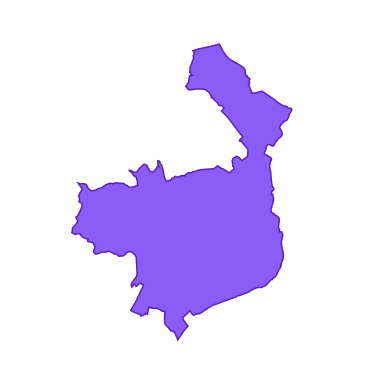 outline of Caransebes, Caras-Severin, Romania, rotated 64°
{"feature_id": "2599482B93861617643410", "entity_name": "Caransebes", "entity_type": "district", "adm_level": 2, "iso_a3": "ROU", "parent_name": "Romania", "parent_adm1": "Caras-Severin", "projection": "albers", "projection_center": [22.203, 45.422], "detail": "fine", "context": "isolated", "style": "filled", "palette": "violet", "viewbox_px": 384, "rotation_deg": 64, "n_neighbors": 0, "source": "geoboundaries", "source_scale": "gbopen_adm2", "svg_char_len": 6068}
<svg xmlns="http://www.w3.org/2000/svg" viewBox="0 0 384 384"><g transform="rotate(64 192 192)"><path d="M308.3,171.6L308.3,166.5L308.0,165.5L305.6,159.6L305.5,159.2L305.9,158.6L304.9,156.7L304.8,156.0L304.9,155.3L303.9,152.7L300.1,148.2L298.2,144.9L297.1,144.5L296.9,144.1L296.2,144.2L295.4,142.9L292.9,140.5L292.9,140.0L288.3,137.3L283.9,136.0L280.6,135.3L276.1,133.6L270.4,129.2L267.1,128.9L266.2,130.8L264.2,130.3L263.8,130.0L264.0,129.7L263.9,129.7L262.3,130.0L260.0,128.8L256.5,126.4L254.8,125.5L253.5,125.3L251.4,125.7L249.8,127.1L247.9,127.7L245.9,129.1L243.9,129.4L241.7,128.3L240.9,127.2L238.2,125.1L237.9,124.3L237.0,124.0L234.6,122.0L233.0,121.3L232.9,121.5L230.1,120.8L229.7,120.3L229.5,120.6L229.5,121.1L229.1,121.8L228.5,121.1L226.6,120.5L226.6,119.8L226.1,119.3L226.1,118.7L225.2,117.0L223.8,117.0L223.3,117.4L222.9,117.2L221.7,117.3L217.5,116.0L208.2,112.4L206.0,112.0L202.4,110.7L199.5,108.5L197.4,106.1L195.6,106.1L189.8,110.0L187.9,109.5L187.3,108.3L183.3,104.4L182.8,103.5L182.7,103.1L183.1,101.9L183.6,101.2L184.9,100.4L186.1,99.3L186.3,98.3L184.7,96.3L183.4,94.1L183.1,93.1L182.1,91.3L181.6,90.8L181.5,90.2L181.7,89.2L180.9,87.1L179.7,85.7L177.9,84.9L174.0,85.1L172.5,84.9L171.8,84.5L170.2,81.7L169.3,78.8L169.0,77.3L169.0,75.1L166.7,72.0L165.0,70.9L163.7,68.7L161.7,66.1L160.3,66.3L158.5,69.1L157.5,69.1L156.3,69.7L156.0,70.5L154.8,71.5L154.3,72.4L150.3,74.9L147.8,76.3L146.2,76.8L132.1,84.9L130.5,92.2L129.8,93.9L129.7,94.7L123.9,94.4L122.9,94.1L121.5,94.1L120.7,94.4L120.1,94.1L120.1,93.4L119.8,92.9L116.8,91.5L115.7,90.5L114.4,90.8L113.2,91.9L112.2,91.5L111.5,91.6L110.8,92.5L108.2,91.9L105.9,90.9L104.6,90.8L102.7,91.3L101.0,92.2L95.2,95.8L89.7,99.7L85.2,101.5L78.1,102.5L71.0,102.6L69.3,111.8L66.4,122.8L65.4,129.1L68.6,129.2L70.0,131.1L72.3,131.9L73.5,132.8L75.3,135.0L76.8,136.3L79.0,138.9L82.7,141.1L83.9,141.6L86.4,141.1L87.3,140.6L86.5,143.1L86.6,143.4L87.8,144.0L88.7,145.0L89.5,145.2L90.5,146.2L91.9,146.8L92.5,148.5L94.3,150.5L94.4,151.3L97.8,150.5L98.8,149.9L99.6,148.5L101.4,142.6L101.9,141.6L104.3,137.0L105.5,135.5L106.4,134.8L109.7,133.2L111.1,132.8L114.3,132.8L115.8,133.3L116.1,132.1L116.4,132.0L119.5,131.5L122.1,130.2L125.8,129.9L126.5,129.5L127.1,127.4L127.7,127.0L131.0,126.6L132.1,130.1L139.6,127.3L160.2,123.3L164.9,122.2L166.0,126.2L166.4,126.8L167.6,126.6L167.6,125.6L177.8,123.1L179.4,123.5L182.5,125.5L183.6,125.8L184.4,126.7L185.8,133.4L181.3,134.7L180.2,135.6L179.3,136.7L179.8,140.5L181.9,142.4L185.0,143.2L186.4,144.0L188.5,143.7L190.0,144.4L190.3,147.3L191.3,148.9L191.2,150.1L185.4,153.5L182.4,156.1L180.6,157.0L181.4,157.0L179.6,157.6L180.7,162.5L180.2,163.3L178.9,166.4L175.6,175.0L174.3,182.7L174.4,184.5L173.7,185.2L173.2,186.6L173.1,188.8L173.5,190.1L174.2,190.6L174.4,191.1L173.8,191.7L173.2,193.5L172.8,193.9L172.5,196.7L172.6,197.3L172.5,198.0L172.1,198.7L170.8,199.8L170.6,200.2L170.6,200.8L171.4,202.4L170.8,203.9L171.5,204.6L171.7,205.3L171.8,207.2L171.4,208.1L171.8,208.5L171.0,210.3L167.6,210.4L165.3,210.1L162.1,209.0L158.1,208.1L157.0,208.2L155.8,207.7L155.4,207.9L154.8,207.6L152.8,208.2L150.0,207.6L149.8,208.1L148.9,209.0L152.0,210.5L154.5,210.8L153.7,211.2L153.9,212.3L155.3,213.7L156.1,216.1L157.0,217.6L156.6,218.8L155.6,219.9L155.0,220.9L153.2,220.7L150.1,221.1L149.0,220.8L147.4,221.5L146.3,222.5L146.1,223.1L146.2,224.1L146.8,224.8L146.6,225.2L147.3,226.9L147.6,228.8L149.7,232.7L149.7,233.2L149.5,234.4L149.4,234.7L147.8,236.3L146.3,237.0L145.7,238.1L144.9,238.8L145.0,239.0L145.6,238.9L147.5,237.9L152.2,237.0L153.0,236.6L153.6,235.8L154.7,235.6L156.0,236.1L157.8,236.3L159.5,236.8L161.8,238.0L162.3,237.9L161.8,239.5L161.9,241.7L161.0,245.0L159.9,246.6L157.8,247.4L156.4,248.7L155.5,249.0L153.7,250.3L153.6,251.0L152.9,252.0L152.8,252.8L152.0,253.7L152.0,253.9L150.9,255.4L151.0,255.9L150.5,256.5L150.1,257.7L150.0,258.8L149.6,259.4L149.8,259.9L149.6,260.2L148.9,260.7L148.1,262.2L148.2,262.8L147.7,265.9L148.1,268.3L148.1,269.3L148.5,270.0L148.6,271.6L147.8,274.7L148.1,278.2L146.9,281.8L144.3,283.4L143.0,283.7L139.0,283.7L137.3,285.3L136.4,287.1L136.1,288.4L134.0,290.5L139.1,289.7L140.5,289.2L142.2,290.4L143.4,292.7L145.3,294.9L146.1,295.6L149.0,296.1L151.0,297.8L151.6,297.8L153.1,296.5L154.1,296.3L156.4,296.9L160.9,301.8L161.7,303.3L162.7,304.3L163.3,305.3L163.5,306.6L163.9,307.4L165.4,307.6L167.5,307.3L168.3,307.5L170.4,311.0L172.0,315.2L172.6,315.7L173.6,316.0L175.9,317.9L177.6,316.5L179.1,315.8L178.8,314.5L180.2,312.0L180.2,310.9L183.0,310.8L184.5,310.0L187.4,307.9L188.7,306.1L189.1,306.3L190.2,307.4L190.7,307.4L191.5,306.9L191.8,305.6L193.2,304.4L194.0,303.1L195.6,303.3L199.7,303.3L200.0,304.5L202.2,306.6L202.8,306.7L205.5,306.0L206.0,304.8L206.0,304.0L206.4,302.5L206.6,299.3L207.0,298.2L208.0,296.5L208.4,295.0L208.5,293.5L208.8,292.8L209.2,292.2L210.0,291.7L210.6,291.0L213.8,288.9L214.5,287.6L214.9,287.2L216.5,286.2L217.8,285.9L218.2,284.4L219.1,282.5L219.2,281.8L218.7,278.9L218.0,278.0L217.8,277.1L217.8,275.8L218.8,273.2L221.1,271.4L222.4,271.4L223.8,270.7L224.7,271.0L225.5,270.4L241.5,277.2L242.6,278.0L243.9,279.4L247.2,285.9L247.4,285.9L248.8,287.3L250.3,287.8L251.1,287.8L250.8,287.3L250.1,284.7L249.5,284.0L250.6,283.4L252.3,283.6L252.3,282.6L250.9,278.5L252.7,277.7L253.1,276.9L254.1,276.3L255.2,276.9L255.2,277.3L262.2,285.8L262.9,287.0L264.6,288.7L271.6,299.0L274.6,296.8L279.2,292.6L279.8,292.3L280.5,292.4L281.4,292.0L281.2,291.3L281.4,287.1L281.0,287.2L280.7,286.6L282.1,285.5L276.5,281.1L278.7,279.2L278.3,278.7L279.9,277.5L280.8,275.3L280.8,274.8L283.9,272.3L286.0,271.1L287.5,268.6L288.1,269.2L294.2,272.4L297.1,273.7L299.5,274.1L303.6,272.7L307.7,271.9L308.3,270.4L310.5,269.2L317.5,269.4L318.6,269.7L312.7,259.1L310.8,254.4L303.8,255.7L300.7,255.6L300.3,253.2L298.7,248.3L297.7,245.9L301.1,245.6L303.7,244.5L303.3,242.4L303.6,242.0L304.7,238.1L304.3,237.1L304.6,236.4L304.1,234.2L303.2,227.2L302.9,222.7L303.7,217.1L303.8,214.7L305.5,199.0L305.5,197.6L305.2,195.9L305.7,195.5L305.8,195.2L306.6,185.8L306.7,184.4L306.4,184.1L306.3,177.5L306.5,175.7L307.0,173.6L308.3,171.6Z" fill="#8b5cf6" stroke="#5b21b6" stroke-width="1.5"/></g></svg>